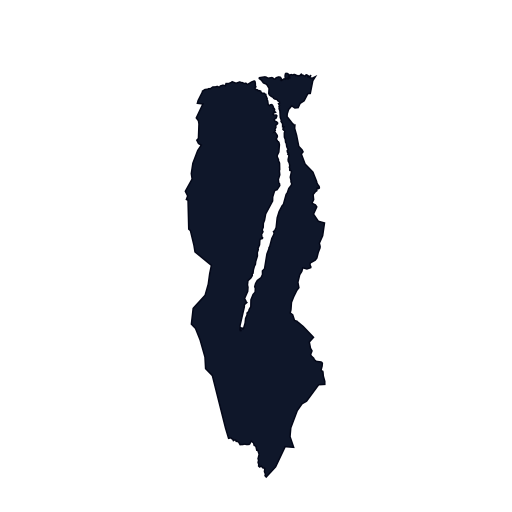 outline of Forsand nor, Rogaland, Norway, rotated 121°
{"feature_id": "86288312B53803854392710", "entity_name": "Forsand nor", "entity_type": "district", "adm_level": 2, "iso_a3": "NOR", "parent_name": "Norway", "parent_adm1": "Rogaland", "projection": "mercator", "projection_center": [6.322, 59.02], "detail": "fine", "context": "isolated", "style": "filled", "palette": "ink", "viewbox_px": 512, "rotation_deg": 121, "n_neighbors": 0, "source": "geoboundaries", "source_scale": "gbopen_adm2", "svg_char_len": 6095}
<svg xmlns="http://www.w3.org/2000/svg" viewBox="0 0 512 512"><g transform="rotate(121 256 256)"><path d="M333.2,282.9L347.7,276.3L349.2,270.6L356.7,260.7L368.9,247.7L378.5,241.2L381.0,231.8L419.2,193.5L426.4,185.6L424.7,183.8L425.1,182.8L425.0,181.6L425.9,180.3L424.5,179.5L424.3,178.6L425.1,177.5L424.6,176.6L424.4,175.1L425.9,172.5L424.7,170.6L423.0,168.7L422.5,167.1L421.2,165.0L420.3,164.6L417.0,164.8L417.5,161.8L419.3,160.0L419.1,159.1L419.3,158.0L422.1,155.3L421.7,154.3L424.3,151.2L428.8,149.8L429.5,148.7L431.9,147.9L433.2,146.3L434.7,145.6L435.0,144.2L433.4,143.3L434.1,140.8L433.5,139.6L433.6,139.0L436.5,137.7L438.1,135.6L439.7,135.1L440.2,133.4L426.6,130.6L404.4,132.8L400.6,125.2L393.3,133.8L385.3,137.7L367.3,141.0L358.9,140.4L354.4,137.9L334.1,136.0L330.6,130.9L328.0,132.5L324.2,136.5L320.9,138.9L320.4,139.6L320.9,140.6L320.2,141.5L316.4,142.6L313.7,143.9L313.3,145.0L313.4,145.8L315.4,150.5L315.0,151.2L315.0,152.4L313.9,153.9L313.2,157.2L312.2,158.5L308.5,159.1L307.0,161.8L302.3,166.0L296.1,164.8L292.2,179.0L291.1,185.8L291.3,186.6L290.8,187.1L291.4,189.8L287.5,194.3L287.2,197.4L284.2,198.3L277.5,201.7L271.6,202.7L264.4,203.3L261.1,202.9L256.9,206.6L249.5,208.9L245.7,208.8L242.0,209.8L240.9,205.7L237.8,203.1L237.1,203.3L235.8,205.2L234.0,205.9L229.1,203.1L226.4,202.8L220.8,204.5L216.1,205.3L214.6,206.1L212.4,208.3L204.3,209.3L192.4,214.3L194.1,220.5L190.5,228.3L182.6,229.2L181.6,231.4L181.9,234.8L181.5,235.3L178.0,235.6L173.9,238.7L170.2,238.2L168.7,237.5L166.4,238.7L166.1,238.5L166.2,237.3L165.2,236.7L164.6,237.0L163.8,237.8L162.9,240.0L161.5,242.1L161.0,242.3L154.8,250.4L151.9,261.3L145.2,269.7L142.5,269.3L141.3,271.2L140.0,275.8L131.6,283.4L126.7,288.6L123.9,290.0L124.3,290.3L123.7,291.6L123.9,292.4L122.1,297.0L122.2,297.5L121.8,297.8L120.5,301.2L117.9,302.5L113.6,303.5L108.9,302.7L109.1,298.9L107.1,296.3L102.5,296.8L98.2,294.7L90.1,295.2L88.7,293.2L76.5,297.6L71.8,297.5L74.9,299.5L74.8,299.9L75.5,301.3L75.3,301.8L72.6,302.1L74.3,302.3L75.5,303.2L75.6,303.7L74.7,303.7L74.6,305.9L75.2,306.5L76.8,306.6L76.8,308.8L77.7,310.1L76.9,310.3L76.8,310.9L79.0,311.3L79.3,312.1L80.0,312.4L80.2,314.4L80.9,314.9L80.4,315.6L80.7,316.8L82.1,318.0L82.3,319.2L83.3,320.1L85.1,319.9L85.6,318.7L85.1,318.2L87.8,319.7L87.4,320.6L85.5,320.3L83.5,321.5L83.4,323.1L84.0,324.4L84.8,324.6L86.6,323.9L88.0,322.9L88.3,322.3L88.3,321.7L88.6,321.5L89.3,321.7L89.3,322.6L90.0,323.4L92.4,324.4L92.7,324.9L92.5,325.4L91.2,325.4L90.3,326.9L90.3,327.5L90.9,328.9L92.8,330.5L94.8,331.0L95.0,332.1L94.7,333.3L94.9,334.3L97.4,337.2L97.5,339.7L98.0,340.8L101.4,344.9L101.8,344.9L102.2,344.6L102.5,341.9L103.8,338.8L103.4,335.8L103.8,334.4L105.6,331.1L110.1,328.8L111.0,327.5L111.3,325.1L111.2,322.9L111.7,322.2L111.8,321.0L111.0,318.5L111.7,317.3L111.7,315.6L112.0,315.1L113.1,314.4L113.8,315.1L114.9,313.3L116.0,313.3L117.3,312.0L117.8,312.1L119.4,310.2L124.8,306.5L126.5,304.3L127.8,303.8L128.9,301.4L131.6,299.7L130.9,298.5L133.4,298.3L133.7,297.8L134.0,296.0L134.7,295.2L135.8,295.2L139.5,292.9L141.0,290.9L143.2,289.3L144.0,287.9L146.3,286.1L147.3,284.8L148.0,283.2L149.4,283.6L150.6,282.8L151.3,281.8L151.2,281.0L152.4,281.0L152.3,280.4L152.7,280.1L152.8,279.5L156.7,278.2L158.1,277.2L159.0,275.6L161.0,273.7L162.9,273.0L163.7,271.9L164.8,271.5L165.2,271.1L164.9,270.2L165.0,269.5L165.3,269.1L170.8,267.2L173.1,265.0L174.5,264.2L175.5,262.7L177.1,262.2L181.2,262.7L185.8,261.7L187.6,261.9L197.7,259.1L199.4,259.5L206.0,259.1L212.4,257.5L221.2,253.4L224.6,253.0L226.1,253.6L226.9,252.3L228.6,251.8L232.8,251.5L240.5,249.2L242.5,249.1L242.9,248.7L248.6,247.7L262.6,242.1L265.5,242.8L268.5,240.9L272.0,240.5L276.3,242.3L279.8,242.2L283.0,241.3L284.1,239.9L287.5,238.1L290.4,238.7L296.1,237.8L302.2,234.3L305.4,234.3L307.3,233.7L309.5,234.3L311.0,233.3L314.8,232.8L319.1,230.8L324.8,229.3L325.3,229.8L325.1,230.1L325.3,230.8L325.1,230.9L325.3,231.1L325.3,232.4L326.6,232.3L327.7,230.5L328.1,231.0L327.1,232.2L325.4,232.8L324.4,233.7L305.6,239.8L303.7,240.9L300.6,239.9L300.3,241.1L299.6,241.7L298.4,243.9L290.6,244.9L286.9,246.8L285.2,248.4L281.3,250.2L277.6,249.1L274.7,249.1L273.1,250.2L272.3,249.7L269.2,251.1L265.6,252.1L263.5,252.2L260.9,253.4L255.2,254.8L252.3,256.7L249.4,257.3L248.4,258.2L244.6,258.7L240.6,260.8L239.1,261.0L238.2,259.8L237.3,259.6L236.9,259.8L237.0,260.4L234.6,262.4L231.7,262.5L231.3,262.8L231.2,263.5L230.2,264.2L227.7,264.6L224.0,266.6L221.0,267.1L214.9,269.4L200.3,270.1L196.8,272.1L191.2,273.5L189.9,273.5L188.4,272.1L183.4,271.9L181.9,273.1L181.8,273.8L181.3,274.4L178.8,276.3L174.2,277.4L171.0,279.8L169.7,280.2L164.5,283.5L163.6,284.4L163.2,285.5L161.9,286.3L160.0,288.9L159.0,289.6L155.1,290.0L148.6,293.2L146.9,294.8L146.5,295.6L146.7,296.4L145.9,297.5L145.6,298.9L142.8,299.1L141.7,299.9L140.3,303.0L140.3,303.9L140.0,304.0L140.3,304.2L138.4,304.1L137.7,305.1L135.6,305.1L133.9,306.4L131.7,305.7L130.9,305.9L130.4,307.3L130.7,309.4L129.7,310.8L127.3,309.8L125.1,310.3L124.8,311.2L126.0,313.2L125.7,314.4L124.6,314.7L122.7,313.3L122.6,313.7L122.8,314.8L120.8,315.5L120.2,316.5L120.5,317.3L119.5,317.7L118.3,319.4L118.1,320.5L118.9,321.5L120.1,321.8L120.0,323.5L117.0,325.9L116.2,327.2L115.3,327.5L113.2,330.4L112.4,330.8L112.6,331.7L112.3,333.0L113.2,333.9L113.2,335.1L113.5,335.4L112.3,336.9L112.5,338.1L113.3,339.5L112.8,340.2L113.4,341.9L113.2,342.2L113.2,342.9L112.1,343.6L111.2,343.2L110.7,343.5L110.2,344.6L109.0,345.0L107.2,346.5L106.8,347.1L106.9,347.7L109.1,349.4L113.4,351.6L113.1,353.7L114.4,355.1L114.3,356.7L114.9,357.9L115.2,359.6L118.2,362.1L118.9,366.2L119.9,366.5L122.2,368.2L123.6,370.5L125.8,369.9L126.6,372.3L128.6,374.1L130.3,374.3L130.6,376.6L132.0,377.9L133.4,380.1L136.0,381.2L137.0,382.8L137.9,383.3L139.6,385.5L142.3,386.8L142.9,386.4L152.5,385.7L155.3,384.9L153.0,379.8L168.4,378.3L169.7,375.0L172.2,372.9L184.9,365.9L187.2,366.4L189.2,363.2L189.1,360.0L195.6,360.3L209.0,357.9L218.7,353.9L222.9,350.4L236.9,349.9L239.7,345.5L243.4,344.8L243.2,343.0L267.6,327.5L268.0,325.3L278.8,314.7L283.9,310.4L287.0,289.4L295.0,286.6L304.8,282.4L315.9,279.4L333.2,282.9Z" fill="#0f172a" stroke="#020617" stroke-width="1.5"/></g></svg>